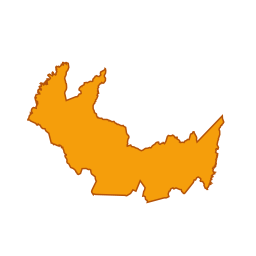 outline of Nossa Senhora do Livramento, Mato Grosso, Brazil, rotated 164°
{"feature_id": "56859067B77677345991641", "entity_name": "Nossa Senhora do Livramento", "entity_type": "district", "adm_level": 2, "iso_a3": "BRA", "parent_name": "Brazil", "parent_adm1": "Mato Grosso", "projection": "natural_earth1", "projection_center": [-56.488, -15.933], "detail": "fine", "context": "isolated", "style": "filled", "palette": "amber", "viewbox_px": 256, "rotation_deg": 164, "n_neighbors": 0, "source": "geoboundaries", "source_scale": "gbopen_adm2", "svg_char_len": 5883}
<svg xmlns="http://www.w3.org/2000/svg" viewBox="0 0 256 256"><g transform="rotate(164 128 128)"><path d="M209.0,176.3L209.9,174.2L210.5,173.8L210.8,172.3L213.1,173.7L214.2,173.5L215.4,172.6L216.3,170.8L215.8,168.8L216.8,168.4L217.6,169.4L218.0,167.9L219.6,166.8L220.5,165.0L221.9,163.8L222.0,163.3L220.5,162.9L220.0,162.4L219.9,161.8L215.3,157.8L215.0,156.4L214.7,156.0L214.2,155.8L213.3,156.6L212.8,155.7L211.8,155.1L211.2,152.6L210.5,151.4L209.9,150.8L208.0,150.2L207.9,148.5L207.6,147.6L205.6,144.7L205.9,134.7L204.7,134.1L204.0,132.5L203.1,132.7L200.7,130.5L199.8,130.4L199.4,129.7L198.8,130.5L198.2,130.2L198.3,129.6L197.8,129.6L197.1,128.9L197.3,127.5L196.1,127.5L196.2,125.7L195.9,124.7L196.1,122.1L195.5,120.2L194.7,119.5L195.0,118.9L195.5,119.2L196.1,118.9L196.3,118.4L196.2,117.2L195.4,115.0L195.5,113.9L196.1,112.3L195.9,111.0L194.8,109.9L194.0,105.9L191.8,104.2L190.6,102.4L190.2,101.6L190.1,100.1L189.6,99.6L189.4,98.0L188.9,97.3L188.4,97.0L186.2,97.4L183.3,101.6L179.3,100.6L177.6,99.0L176.3,98.8L175.5,98.1L175.8,95.0L175.6,93.8L173.0,90.2L173.4,88.2L173.3,86.3L173.0,85.7L179.5,78.5L180.4,77.2L180.5,76.0L179.7,73.4L178.9,74.0L177.5,73.1L149.1,64.0L148.5,63.4L147.7,63.3L143.6,64.4L140.3,67.2L137.8,65.1L130.8,74.0L128.0,65.9L129.4,63.5L130.3,62.8L132.5,58.5L131.8,58.5L130.4,57.1L130.8,54.8L130.2,53.6L129.6,53.2L129.5,52.2L130.0,51.2L112.5,50.9L110.3,50.3L107.6,50.8L107.6,53.5L106.0,55.8L104.7,56.1L103.9,57.5L103.5,57.7L101.3,58.1L100.7,56.8L98.4,57.2L95.0,54.5L93.8,54.1L93.9,52.2L93.2,51.2L92.8,50.0L92.2,49.5L91.2,49.8L80.3,57.6L78.6,59.9L77.4,59.4L75.7,61.2L74.0,61.6L72.1,59.4L72.2,58.5L73.1,57.4L73.0,56.8L71.0,56.0L70.2,53.1L70.8,51.9L70.3,48.7L69.3,48.2L69.0,47.2L68.5,47.1L68.5,48.5L67.1,49.2L65.6,51.1L64.8,51.1L64.9,51.7L64.1,51.4L64.3,52.3L62.9,52.1L63.8,53.3L63.4,53.8L63.6,54.3L62.7,55.3L61.9,55.4L62.4,56.3L62.2,56.8L61.4,56.8L61.1,57.2L61.2,57.9L59.9,57.9L60.6,59.3L59.4,59.6L59.0,60.1L57.3,60.2L57.6,61.0L56.5,61.4L58.0,62.2L58.2,63.4L57.4,64.8L57.8,65.7L57.0,66.4L56.5,66.1L56.5,66.7L55.5,66.4L54.9,66.7L55.1,67.5L54.1,67.5L54.3,68.5L53.4,68.9L53.6,69.4L53.0,69.6L52.9,70.1L53.2,70.6L52.1,72.2L52.3,73.2L51.9,73.7L51.3,73.8L51.3,74.7L50.5,75.2L50.6,75.8L50.0,76.2L50.2,76.9L49.4,77.3L49.6,77.9L48.9,78.4L50.5,80.3L49.4,82.4L49.5,83.1L48.8,83.8L48.2,83.6L47.8,82.9L47.3,82.9L46.4,84.4L47.0,87.4L45.2,90.9L44.1,92.2L44.1,92.8L41.6,96.4L40.7,99.9L41.0,101.2L40.5,102.2L40.1,102.8L39.2,103.2L38.2,104.6L37.1,104.8L37.0,105.3L35.5,106.1L34.3,107.3L34.6,111.0L34.0,113.7L65.5,95.4L65.5,97.5L64.7,99.7L64.7,100.6L65.7,105.2L65.6,106.1L66.2,106.3L66.8,106.2L67.1,105.5L68.0,104.9L68.7,105.1L69.6,104.7L72.4,100.1L74.1,100.6L75.1,99.9L77.0,99.7L78.1,98.6L79.3,99.2L81.8,99.6L82.3,100.3L81.8,100.6L82.1,102.0L83.9,104.1L83.3,105.5L84.5,105.9L84.8,105.4L85.4,105.6L86.2,108.2L87.3,108.9L87.7,108.5L89.6,108.8L91.3,109.7L92.6,108.8L95.1,104.9L97.2,102.9L98.2,104.3L98.7,103.7L99.8,104.1L101.6,103.4L102.1,103.7L102.7,104.6L102.4,105.8L103.0,106.3L103.6,106.0L104.5,106.3L105.7,105.8L106.1,105.3L109.4,104.2L111.2,102.7L111.7,102.7L112.4,103.3L114.4,103.1L116.9,103.6L119.9,102.6L121.5,102.5L123.5,104.4L124.2,105.5L126.2,106.8L127.4,108.1L129.7,109.2L130.1,110.9L133.7,110.7L133.5,111.9L132.6,112.9L132.5,114.4L131.7,116.2L130.9,117.5L129.9,118.3L129.5,119.6L129.7,120.8L130.5,121.9L130.8,123.7L130.1,129.3L131.5,130.6L132.0,131.8L133.1,131.8L134.4,132.5L136.5,134.4L137.4,134.4L137.8,135.5L138.9,136.2L139.7,138.2L141.7,138.5L143.6,140.3L144.2,140.1L144.3,140.7L145.7,141.9L149.5,143.1L150.0,143.4L150.5,144.6L152.1,145.0L154.3,146.3L154.1,146.8L154.6,147.1L154.8,148.4L154.5,150.2L156.0,152.1L155.8,153.6L156.2,156.1L155.4,159.2L153.9,160.8L153.3,160.9L152.7,162.2L151.7,162.5L151.4,164.0L150.3,164.5L148.2,167.1L148.2,167.9L148.6,168.0L148.2,168.7L147.7,169.5L146.7,169.5L146.6,170.8L147.2,171.2L147.0,172.0L146.5,171.9L146.3,174.3L145.0,175.2L145.1,176.5L142.5,178.3L141.9,178.1L140.8,179.0L140.0,178.1L139.0,177.9L136.7,179.7L135.9,182.1L136.5,183.6L136.2,185.2L134.5,186.9L133.6,189.2L133.4,191.1L133.7,191.5L134.0,190.8L134.7,190.3L138.9,189.3L139.6,187.8L139.5,186.5L141.6,185.4L143.2,186.2L143.6,186.9L145.4,186.7L145.8,186.1L148.2,184.6L149.0,182.8L149.6,182.6L151.5,183.3L154.7,182.7L155.3,183.2L157.5,183.5L158.3,181.7L160.7,181.2L161.0,180.6L161.6,180.9L162.3,180.7L163.9,179.5L164.5,178.4L164.5,177.8L163.2,176.5L163.4,174.4L164.1,173.9L165.5,174.1L167.8,172.1L169.8,172.4L179.8,171.4L179.3,178.9L178.6,180.3L176.6,182.2L175.9,183.7L175.3,186.3L175.1,187.6L175.5,188.7L175.2,190.1L175.3,192.8L174.4,194.7L173.7,195.2L172.7,196.6L171.9,198.8L169.9,200.3L168.2,202.6L167.7,206.6L169.2,207.8L169.8,206.6L170.1,207.2L170.0,207.9L171.1,207.7L171.8,208.6L172.7,208.9L172.9,208.3L172.6,206.6L173.0,206.4L174.0,207.6L174.5,207.6L174.9,206.6L177.4,205.5L177.8,206.4L178.5,206.2L179.8,207.0L180.6,206.4L180.7,205.9L180.4,205.5L181.0,204.6L180.3,204.1L180.6,203.5L181.1,203.2L180.9,201.7L181.9,200.9L182.5,199.2L183.2,199.0L183.6,200.0L184.7,200.0L185.0,200.4L184.6,202.0L185.1,202.5L185.9,201.7L185.4,199.9L186.3,199.0L188.7,201.4L190.2,201.1L190.5,200.7L188.9,197.8L188.9,197.2L190.2,196.3L190.7,197.0L191.8,197.3L191.3,196.1L191.9,195.9L192.4,196.5L193.0,196.5L193.5,196.1L192.9,195.7L193.4,192.3L193.9,192.4L193.8,195.0L194.2,195.4L194.8,195.3L195.2,194.8L195.3,193.4L195.9,194.4L196.4,194.3L196.4,193.3L196.7,192.8L197.5,192.7L198.1,194.6L199.3,195.3L200.1,194.9L199.4,194.0L199.8,192.0L200.2,191.8L201.0,192.5L201.9,192.3L201.8,190.9L200.6,189.2L201.1,188.5L202.4,189.8L203.5,189.7L204.5,188.4L204.5,187.9L204.0,188.0L204.0,187.4L204.6,187.1L203.6,186.4L203.3,185.8L203.5,185.1L204.4,185.6L206.3,185.2L207.0,185.5L208.7,183.3L207.9,182.4L208.2,182.1L209.1,182.3L209.2,179.8L207.7,178.4L208.1,176.1L208.7,175.7L209.0,176.3ZM209.0,176.3L208.6,177.9L209.2,178.1L209.2,176.8L209.0,176.3Z" fill="#f59e0b" stroke="#b45309" stroke-width="1.5"/></g></svg>